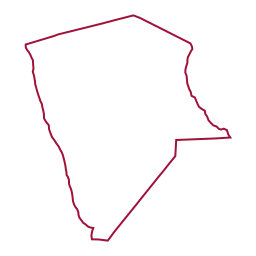 Wagner, Bahia, Brazil
{"feature_id": "56859067B26667304693986", "entity_name": "Wagner", "entity_type": "district", "adm_level": 2, "iso_a3": "BRA", "parent_name": "Brazil", "parent_adm1": "Bahia", "projection": "natural_earth1", "projection_center": [-41.154, -12.251], "detail": "fine", "context": "isolated", "style": "outline", "palette": "rose", "viewbox_px": 256, "rotation_deg": 0, "n_neighbors": 0, "source": "geoboundaries", "source_scale": "gbopen_adm2", "svg_char_len": 1465}
<svg xmlns="http://www.w3.org/2000/svg" viewBox="0 0 256 256"><path d="M25.7,44.5L25.8,47.6L27.2,50.1L28.9,52.2L30.4,54.9L31.7,58.0L32.9,60.2L33.1,64.0L33.5,68.5L32.8,71.8L34.0,75.6L34.6,79.1L35.0,81.6L35.2,84.1L36.3,88.0L37.1,91.1L38.1,94.3L39.6,98.6L40.3,100.9L41.9,104.0L42.4,107.4L43.3,110.6L44.0,114.8L44.0,118.1L45.3,120.7L47.0,123.0L48.8,125.2L49.1,129.3L50.3,132.7L52.0,137.1L54.1,139.8L56.3,143.3L58.8,146.6L60.2,149.7L61.8,152.4L62.8,155.0L63.7,158.3L64.6,161.9L65.4,165.6L65.8,169.0L66.4,171.9L66.6,175.0L67.9,176.9L68.9,179.7L69.0,183.4L69.8,186.4L71.1,189.3L71.9,192.5L72.4,195.7L72.7,198.3L73.0,201.1L73.9,204.0L75.2,206.7L77.1,209.1L78.3,212.0L78.5,214.8L79.5,217.8L81.4,220.3L83.1,222.7L85.8,224.6L87.9,226.5L90.3,227.5L93.3,228.0L92.1,231.4L91.4,235.5L91.9,239.3L98.9,239.5L107.8,240.6L114.7,231.3L138.4,202.0L140.0,199.9L159.7,175.4L163.6,170.7L169.2,163.6L175.3,156.1L176.2,140.0L178.6,139.9L216.6,138.4L230.3,137.5L228.4,134.7L226.9,130.1L223.8,128.7L221.3,129.5L219.1,129.1L216.6,126.5L213.3,125.4L210.7,122.8L208.5,120.2L207.1,116.5L205.3,113.9L204.8,110.7L201.6,108.9L198.9,106.7L197.8,104.4L196.6,101.8L194.9,97.5L191.5,95.8L190.8,92.1L189.3,89.3L188.3,86.3L187.2,83.1L186.9,78.6L186.5,75.5L185.3,72.5L185.5,69.1L186.4,65.8L187.4,62.8L187.4,59.7L188.0,56.9L189.4,54.3L191.0,51.1L192.4,48.9L191.9,46.4L190.4,43.4L139.7,17.8L133.3,15.4L114.2,20.3L100.1,24.0L58.2,34.4L53.9,36.0L25.7,44.5Z" fill="none" stroke="#9f1239" stroke-width="2"/></svg>